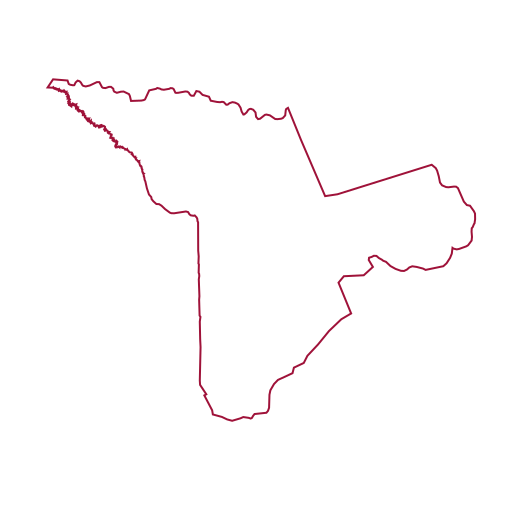 Kabo, Ouham, Central African Republic (orthographic projection), rotated 273°
{"feature_id": "33826404B79989829713557", "entity_name": "Kabo", "entity_type": "district", "adm_level": 2, "iso_a3": "CAF", "parent_name": "Central African Republic", "parent_adm1": "Ouham", "projection": "orthographic", "projection_center": [18.904, 7.84], "detail": "fine", "context": "isolated", "style": "outline", "palette": "rose", "viewbox_px": 512, "rotation_deg": 273, "n_neighbors": 0, "source": "geoboundaries", "source_scale": "gbopen_adm2", "svg_char_len": 5950}
<svg xmlns="http://www.w3.org/2000/svg" viewBox="0 0 512 512"><g transform="rotate(273 256 256)"><path d="M317.4,467.1L317.9,463.9L321.2,460.7L334.4,454.1L335.7,452.2L335.7,450.2L334.7,444.5L334.8,442.2L336.3,438.1L339.0,435.9L345.3,434.3L350.7,432.4L353.2,430.9L356.3,426.7L321.9,334.1L319.4,321.9L374.4,294.8L405.6,280.2L404.4,278.5L403.2,278.1L397.9,277.8L395.1,275.5L394.4,273.9L393.8,270.4L393.8,268.0L397.2,262.5L397.8,259.0L397.4,257.5L393.3,252.9L392.8,250.9L395.0,248.8L399.3,248.0L401.9,245.6L402.7,243.2L402.4,241.8L401.3,240.5L398.9,239.1L396.8,236.9L396.6,236.0L399.5,234.1L403.3,232.8L406.5,230.5L407.3,229.0L408.1,226.9L408.4,224.4L407.2,221.5L405.7,219.8L405.5,218.4L408.0,215.7L408.2,214.0L407.7,212.1L407.8,209.0L408.7,202.7L412.6,200.7L414.1,194.2L417.1,190.9L417.6,187.8L412.8,185.5L412.7,183.0L413.9,181.4L415.4,180.5L416.5,179.0L416.6,176.8L414.9,169.7L414.7,167.6L414.9,166.9L418.3,165.1L419.1,163.9L419.2,161.9L418.4,160.6L417.2,155.3L417.4,152.8L418.1,151.3L418.6,148.6L417.7,147.4L415.8,140.7L406.6,137.0L405.8,135.7L405.2,133.3L404.3,123.1L409.1,121.7L411.0,120.7L413.3,115.2L413.0,112.5L411.7,108.5L412.7,105.9L413.8,105.1L415.6,104.7L417.3,102.4L417.2,100.3L415.8,96.9L415.9,94.5L416.5,93.4L421.4,90.5L421.3,88.0L417.6,81.1L416.4,77.1L416.9,74.5L417.8,73.5L420.1,72.0L421.3,70.6L421.8,68.7L419.9,66.8L417.1,65.6L416.9,64.4L417.3,61.5L418.0,60.0L421.4,58.6L421.8,44.1L413.4,39.1L413.4,44.2L414.0,44.7L413.1,45.5L413.1,46.1L412.6,45.8L412.4,46.3L412.9,46.6L411.8,48.0L411.9,48.4L412.3,48.1L412.6,48.2L412.4,49.0L411.6,49.6L412.1,49.7L412.5,50.5L411.9,50.6L412.0,51.0L411.5,51.6L411.0,51.5L411.2,51.9L411.0,52.6L410.4,52.4L410.1,52.6L410.0,53.0L410.6,53.0L411.0,53.5L410.9,54.1L410.4,54.3L410.3,54.8L411.4,55.6L410.7,56.3L410.4,55.8L409.9,55.9L410.1,57.9L409.3,57.4L409.2,58.0L408.0,57.9L408.3,58.8L408.0,58.7L407.7,59.6L407.0,60.0L406.7,59.4L405.7,59.3L405.6,59.6L406.2,60.4L405.9,60.7L405.3,60.8L405.1,60.0L404.8,60.5L404.4,60.7L404.5,59.5L404.0,59.8L403.2,59.6L403.2,61.1L402.7,61.8L402.3,61.3L401.4,61.6L401.1,60.8L400.4,60.3L400.1,60.4L400.4,61.3L400.0,62.1L399.4,61.9L398.6,62.3L398.3,62.0L398.8,61.8L398.4,61.1L398.0,61.8L397.4,61.3L397.0,61.4L396.7,62.2L397.2,62.2L397.4,62.7L396.4,62.8L395.8,63.7L397.5,63.7L398.8,64.8L398.6,65.3L398.2,64.8L397.0,65.4L397.1,66.1L397.8,66.5L397.5,67.0L398.0,68.4L397.2,68.1L396.6,68.6L396.2,67.7L395.8,67.8L395.5,68.2L396.2,68.8L395.7,68.9L395.4,69.9L394.9,69.1L394.2,68.5L393.7,68.5L393.8,70.6L393.2,70.6L393.2,70.2L392.1,70.2L391.2,71.3L391.5,71.5L392.0,71.0L392.6,72.0L392.4,72.4L391.5,72.8L391.8,73.1L391.5,73.6L391.8,74.6L391.4,75.1L391.5,75.8L391.2,76.0L390.6,75.6L390.6,74.8L390.3,74.7L389.6,75.2L390.2,75.6L390.3,76.2L389.8,76.3L389.3,76.8L388.5,75.8L387.5,75.7L387.4,76.0L387.9,76.7L387.8,77.3L386.9,78.3L386.2,77.9L385.5,77.9L385.4,78.6L384.6,79.1L384.6,80.7L384.2,80.1L383.4,79.8L383.1,80.2L383.4,81.4L382.4,80.8L381.8,81.2L381.7,81.6L382.7,82.2L382.1,82.2L381.3,83.0L382.4,84.0L381.6,84.0L381.3,84.6L380.9,83.9L379.9,84.1L380.3,84.9L379.8,86.2L380.0,87.7L379.4,87.9L379.1,86.8L377.5,87.6L377.6,88.1L376.8,89.1L378.2,90.2L378.2,90.9L377.6,91.4L377.7,92.3L376.9,92.1L376.1,92.4L376.2,93.3L377.6,94.4L378.5,94.0L378.8,94.7L378.7,95.1L377.2,95.5L378.0,97.1L377.2,98.4L375.6,98.2L375.6,98.9L375.1,99.3L374.4,97.8L373.1,98.6L373.7,100.1L373.4,101.1L371.7,101.5L372.3,102.3L372.2,103.0L371.6,102.5L370.7,102.7L370.8,103.4L370.3,103.9L369.8,105.5L369.3,105.6L368.2,104.6L367.5,104.8L366.4,104.3L366.3,104.7L366.8,105.1L366.7,106.6L366.2,106.8L366.1,107.7L365.2,107.6L365.9,107.2L365.6,106.4L365.1,106.6L364.7,107.5L364.0,106.8L363.3,107.6L364.1,108.7L362.8,109.2L362.5,110.1L363.7,110.7L362.9,111.6L362.0,111.4L361.3,110.8L360.7,111.4L359.9,111.1L360.2,110.6L359.9,110.1L359.1,110.1L358.4,109.6L357.1,110.3L357.2,111.3L357.6,111.3L357.6,111.8L357.1,112.4L357.5,112.2L357.9,113.1L357.5,113.7L358.0,113.6L357.9,114.0L358.4,114.6L357.5,116.1L358.0,116.6L357.6,117.1L357.1,117.2L357.3,117.6L357.0,117.8L356.1,119.5L355.5,119.8L355.9,120.2L355.4,121.2L355.9,121.7L354.9,122.0L354.6,123.0L353.8,123.3L352.9,124.5L352.8,126.5L351.8,127.2L351.2,126.8L351.1,127.3L350.2,127.5L350.1,128.0L349.7,128.1L348.5,129.3L348.8,130.3L347.7,130.4L347.5,131.1L346.8,130.7L345.9,131.3L345.6,132.1L344.5,133.2L344.6,133.7L344.1,133.3L343.7,133.8L343.9,134.4L343.6,134.7L342.8,134.6L341.0,135.2L339.9,135.8L340.0,136.3L339.5,136.7L338.6,136.9L338.7,137.1L336.6,137.6L336.4,138.0L334.9,137.9L333.5,138.7L333.3,138.5L332.5,139.0L332.4,139.5L332.1,139.2L330.0,139.9L329.5,139.8L328.8,140.3L326.2,140.8L324.7,141.6L317.9,143.5L311.8,145.9L309.4,148.3L307.3,148.8L305.3,150.6L302.7,153.8L302.7,156.5L301.3,159.0L298.1,162.7L294.8,167.7L294.3,169.2L294.4,172.1L296.8,183.7L296.3,185.9L294.2,187.3L293.2,188.7L292.9,191.4L293.3,192.7L291.4,194.7L290.1,195.4L287.6,195.8L286.7,196.4L258.3,198.0L252.6,198.8L245.5,198.9L244.7,199.4L236.2,199.6L235.3,200.1L233.0,200.4L229.7,200.1L212.8,201.6L209.4,201.5L193.5,202.8L192.3,203.7L187.6,203.3L170.0,204.6L162.1,205.4L128.6,206.4L124.4,206.9L115.3,213.6L114.1,211.7L99.6,220.3L95.5,221.2L93.5,230.4L91.3,235.7L90.2,240.8L93.1,249.0L94.5,251.7L94.0,257.2L93.4,259.2L94.1,260.4L96.1,261.4L98.1,262.8L100.0,274.6L102.0,276.1L105.1,277.0L118.2,276.7L122.7,277.4L129.1,280.7L133.4,284.4L140.9,298.6L146.5,299.7L151.7,309.3L159.1,312.6L170.8,322.5L185.0,332.9L197.3,344.5L203.6,354.0L233.7,339.8L240.4,344.8L242.4,364.6L251.2,373.3L257.9,368.8L260.2,369.0L261.1,371.5L262.4,373.7L262.4,376.3L260.4,378.8L258.9,381.9L257.9,383.3L257.0,386.1L253.0,390.8L250.4,396.1L248.8,401.5L248.8,404.6L250.4,407.5L252.6,409.7L253.9,412.6L253.5,417.0L252.2,423.4L251.0,426.1L255.6,443.6L258.7,446.7L264.3,449.9L268.6,451.4L274.4,451.8L273.7,452.9L273.1,456.1L273.7,458.5L276.6,465.4L277.8,467.2L282.7,470.5L286.3,470.7L291.5,470.0L295.0,470.0L296.2,470.9L299.3,472.0L300.0,472.5L304.2,472.9L309.8,472.5L312.1,471.3L317.4,467.1Z" fill="none" stroke="#9f1239" stroke-width="2"/></g></svg>